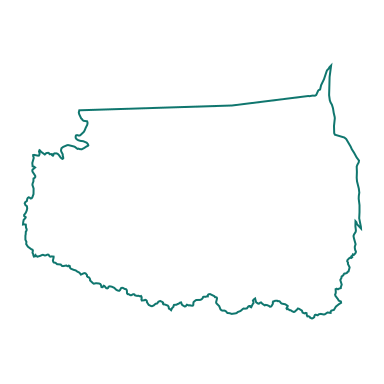 Itupiranga, Pará, Brazil
{"feature_id": "56859067B73095906204951", "entity_name": "Itupiranga", "entity_type": "district", "adm_level": 2, "iso_a3": "BRA", "parent_name": "Brazil", "parent_adm1": "Pará", "projection": "natural_earth1", "projection_center": [-49.924, -5.078], "detail": "fine", "context": "isolated", "style": "outline", "palette": "teal", "viewbox_px": 384, "rotation_deg": 0, "n_neighbors": 0, "source": "geoboundaries", "source_scale": "gbopen_adm2", "svg_char_len": 5924}
<svg xmlns="http://www.w3.org/2000/svg" viewBox="0 0 384 384"><path d="M361.0,228.5L360.9,226.9L359.2,218.3L359.5,212.2L359.5,205.2L358.7,198.7L358.8,196.0L359.3,192.6L358.8,188.5L357.0,181.3L356.7,177.7L356.9,172.0L356.7,166.6L357.4,164.7L358.7,162.4L359.0,160.6L356.6,157.4L354.1,152.8L351.8,149.2L350.6,146.5L346.2,139.0L344.3,137.5L334.9,134.7L334.2,133.2L334.0,125.9L334.8,118.4L334.7,117.1L333.7,112.8L333.0,108.3L331.9,104.7L330.6,102.5L329.8,100.3L329.1,95.2L329.6,76.9L331.1,65.5L329.3,67.4L328.8,68.5L327.0,70.4L326.6,71.4L324.0,79.2L321.1,85.2L320.1,89.5L318.9,90.0L318.2,90.6L316.2,95.0L314.9,95.7L312.6,95.6L309.3,96.2L308.3,96.0L232.0,105.5L79.3,110.3L78.8,112.5L79.2,114.2L81.2,118.5L82.0,119.1L82.6,120.1L83.6,120.8L87.1,121.3L87.5,122.5L87.5,123.5L87.2,124.9L85.8,127.6L84.6,130.5L83.8,131.9L80.2,135.3L79.0,135.6L77.0,135.1L75.9,135.5L75.6,136.9L75.7,137.9L76.5,139.1L78.2,140.2L80.5,140.9L83.2,141.2L86.7,142.7L88.0,144.3L88.3,145.3L87.6,146.1L86.7,146.3L84.2,148.0L81.7,149.3L79.6,149.1L78.3,148.6L77.5,148.9L74.9,146.9L74.0,146.5L68.4,145.1L67.4,145.1L63.2,146.9L61.5,148.2L61.0,150.2L61.2,151.4L62.7,154.3L62.7,155.4L63.2,157.3L63.2,158.4L62.3,158.9L60.7,157.6L58.7,154.8L57.7,153.9L56.6,153.4L54.4,153.4L53.6,154.0L53.4,155.0L52.9,155.7L52.0,155.1L51.7,154.1L49.6,154.2L49.1,153.3L48.2,152.8L46.3,153.1L44.8,154.5L40.8,151.6L40.2,150.6L39.5,150.2L39.0,151.4L39.6,153.6L39.4,154.6L38.9,155.6L38.1,155.7L34.2,154.9L33.2,155.0L33.1,156.0L33.6,157.1L33.7,158.1L32.3,163.0L32.6,166.3L33.9,166.6L35.1,167.5L32.5,169.7L32.3,170.9L32.6,171.8L35.2,175.8L35.3,176.9L34.6,177.9L33.5,178.5L33.4,181.4L32.6,183.5L32.4,184.9L33.6,188.5L33.5,194.1L32.3,197.4L31.6,198.3L30.6,198.5L29.9,197.8L28.7,197.3L27.8,197.9L27.3,198.8L26.8,201.1L25.3,202.1L24.7,203.3L25.5,205.2L26.9,206.2L27.2,208.4L26.7,210.6L25.8,212.7L24.1,215.0L24.2,216.1L25.7,217.2L25.3,218.2L23.7,219.8L23.2,222.2L23.0,224.5L24.0,224.3L25.8,224.6L26.0,227.7L26.5,228.7L26.7,229.9L26.3,231.0L25.8,231.7L25.7,234.2L25.4,235.7L25.4,239.7L26.4,241.8L26.2,244.1L27.9,246.7L31.4,249.3L32.5,249.7L32.9,250.7L32.5,252.7L33.4,254.7L33.4,255.6L34.0,256.6L34.8,256.0L35.5,255.2L35.8,256.2L36.7,256.1L37.4,256.7L40.1,255.9L42.1,255.0L42.9,254.8L44.9,255.5L45.9,255.3L47.5,254.6L48.5,254.7L49.7,256.4L50.6,256.7L51.6,256.4L53.6,256.6L53.6,257.6L52.9,260.5L53.2,261.7L53.8,262.5L55.5,262.8L57.1,264.2L60.7,264.5L62.1,266.0L63.1,266.1L66.4,265.5L67.2,266.1L68.1,266.3L68.8,265.6L69.8,266.1L69.9,267.1L70.2,268.0L70.9,268.7L73.8,269.9L75.7,270.4L77.3,271.6L79.0,272.4L79.8,273.1L80.9,274.6L83.7,273.3L84.7,273.1L85.6,273.4L87.0,275.1L87.0,276.2L87.7,277.0L88.8,277.3L89.5,278.1L90.1,279.3L90.1,280.5L93.0,283.2L93.8,283.7L96.0,283.2L99.1,283.5L100.3,284.0L100.9,284.9L101.5,287.1L102.6,287.2L103.7,285.7L104.4,286.0L106.3,288.2L107.3,288.4L108.1,287.9L108.6,286.7L109.7,286.3L111.8,286.7L114.2,287.8L116.4,289.9L118.0,290.6L119.2,290.8L120.0,290.1L121.0,288.2L122.0,287.8L122.9,287.9L124.8,289.0L125.9,289.1L126.5,289.7L126.9,290.7L127.0,293.2L127.6,294.1L128.5,294.1L130.4,295.2L131.3,295.2L133.2,294.2L134.4,294.4L134.9,295.3L136.2,295.7L137.3,295.9L138.2,295.7L140.2,296.4L141.0,296.0L141.5,296.8L141.7,298.0L141.4,299.4L141.8,300.5L144.2,300.3L145.2,299.8L146.2,300.2L146.9,301.1L146.9,302.1L148.7,304.9L151.2,306.1L152.0,306.2L153.8,305.4L154.7,304.5L155.8,303.7L156.9,303.6L157.7,302.8L158.4,301.7L160.2,301.0L162.2,301.9L163.1,302.6L162.9,303.7L163.5,304.4L164.6,304.4L167.8,305.6L168.6,306.7L168.9,308.6L169.7,308.9L171.1,310.2L172.1,308.1L173.5,306.7L173.6,305.7L174.0,304.9L176.6,304.7L177.5,304.0L178.5,303.8L180.1,302.6L181.1,302.4L181.8,304.4L182.4,305.1L184.7,306.5L185.6,306.3L186.9,304.7L189.0,305.5L189.9,305.2L190.9,305.6L192.7,305.7L193.3,304.9L193.4,302.8L193.7,301.9L195.3,300.6L196.2,300.0L200.1,299.9L201.0,299.6L201.9,299.0L202.8,297.9L203.1,297.0L203.9,296.7L205.7,296.8L206.6,296.4L207.8,296.4L207.8,295.4L208.2,294.6L209.0,294.2L210.1,294.1L214.4,296.2L215.0,297.2L215.9,297.2L216.8,297.6L217.0,298.6L216.1,302.2L216.4,303.3L219.2,306.1L220.5,309.4L221.4,310.2L222.3,310.6L224.6,310.6L225.9,311.3L227.4,313.0L229.6,313.2L231.7,313.9L235.2,313.4L236.6,313.1L237.6,312.1L240.5,311.0L242.8,309.0L243.7,308.5L244.9,308.7L246.9,308.4L248.3,306.5L249.2,306.0L250.0,306.0L250.4,307.0L251.2,307.3L252.7,304.1L253.5,303.1L253.4,301.7L252.9,300.7L253.6,299.6L255.1,298.5L256.0,302.0L256.6,302.7L257.6,303.1L258.2,303.7L259.1,303.6L260.0,302.8L261.0,302.4L262.5,303.9L264.8,305.4L265.6,304.9L267.3,305.2L269.1,306.0L269.8,306.7L270.7,306.7L271.4,306.2L272.7,304.1L272.9,303.2L272.8,302.2L273.3,301.3L274.2,301.3L275.0,300.8L277.1,300.7L277.8,301.2L278.8,301.1L279.7,301.4L281.1,303.2L281.9,303.6L285.3,304.3L287.7,305.9L287.6,306.8L286.9,307.4L286.5,308.4L287.0,309.2L288.1,309.1L289.7,310.2L290.6,310.2L292.2,311.3L293.9,312.0L294.7,311.7L297.1,309.5L297.9,308.5L299.0,308.8L301.9,310.6L302.6,312.6L304.5,313.4L305.6,312.9L306.5,313.1L306.9,315.5L307.4,316.4L308.3,316.2L309.7,316.8L310.1,317.7L312.0,318.5L313.0,318.1L314.2,317.2L314.4,316.0L314.9,315.0L315.7,314.7L317.7,315.3L318.8,314.3L320.7,313.9L323.9,314.5L324.8,314.3L327.5,312.5L330.6,312.9L330.7,311.5L331.4,310.6L333.9,309.9L335.9,306.6L338.9,304.2L341.1,302.8L340.9,301.5L338.7,300.6L338.1,299.4L335.4,295.8L335.1,294.5L335.6,293.5L335.8,292.1L335.6,289.2L336.6,288.7L338.0,289.3L338.9,288.7L340.8,288.1L340.9,286.9L341.7,284.6L340.3,280.0L341.4,278.0L341.6,276.5L343.3,275.3L343.7,274.3L344.4,273.5L345.5,273.5L346.5,273.1L347.2,272.7L347.6,271.8L348.5,271.5L349.4,268.3L349.6,267.3L347.9,263.9L348.0,262.6L347.2,261.3L347.4,260.2L349.0,258.4L350.1,257.7L351.2,258.0L352.1,257.3L351.4,256.3L352.3,255.6L352.9,254.4L353.7,255.0L355.2,253.5L355.8,252.4L355.9,251.4L355.2,250.1L354.8,247.9L354.8,246.7L355.6,244.2L353.9,238.1L353.5,236.0L354.0,234.5L355.7,231.8L355.9,230.3L355.4,226.3L355.5,221.2L356.4,222.2L356.9,224.1L361.0,228.5Z" fill="none" stroke="#0f766e" stroke-width="2"/></svg>